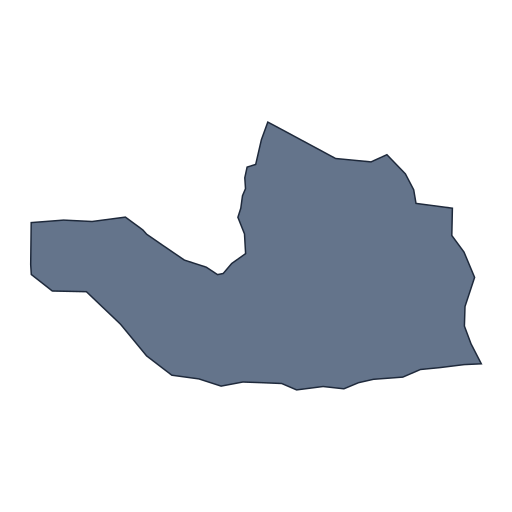 the district of Dagana, Hadjer-Lamis, Chad
{"feature_id": "50815135B82618270305421", "entity_name": "Dagana", "entity_type": "district", "adm_level": 2, "iso_a3": "TCD", "parent_name": "Chad", "parent_adm1": "Hadjer-Lamis", "projection": "robinson", "projection_center": [15.574, 12.905], "detail": "fine", "context": "isolated", "style": "filled", "palette": "slate", "viewbox_px": 512, "rotation_deg": 0, "n_neighbors": 0, "source": "geoboundaries", "source_scale": "gbopen_adm2", "svg_char_len": 857}
<svg xmlns="http://www.w3.org/2000/svg" viewBox="0 0 512 512"><path d="M386.9,154.7L371.0,161.9L335.6,158.5L273.5,125.1L267.8,122.1L265.7,127.9L261.4,139.7L255.7,164.4L247.1,167.1L244.8,177.8L245.5,188.7L242.5,195.7L240.8,208.2L237.9,217.3L244.5,233.9L245.6,253.6L231.7,263.5L223.2,273.5L217.5,274.6L206.3,267.2L184.4,260.1L162.4,245.1L146.6,234.2L142.9,230.0L125.4,217.1L92.1,221.5L63.6,220.1L31.2,222.6L30.7,264.6L31.3,274.5L52.3,291.0L86.4,291.7L120.5,324.2L146.6,355.9L171.8,375.2L198.9,378.9L221.1,386.1L242.9,382.0L262.5,382.7L281.7,383.5L296.6,389.9L323.1,386.5L343.9,388.8L358.5,382.7L373.4,379.3L402.8,377.1L420.4,369.5L439.9,367.6L464.1,364.6L481.3,363.8L471.0,343.8L464.4,326.1L465.0,306.5L474.6,277.4L464.0,252.1L451.8,235.5L452.4,208.2L416.0,203.4L413.7,189.8L405.4,173.9L386.9,154.7Z" fill="#64748b" stroke="#1e293b" stroke-width="1.5"/></svg>